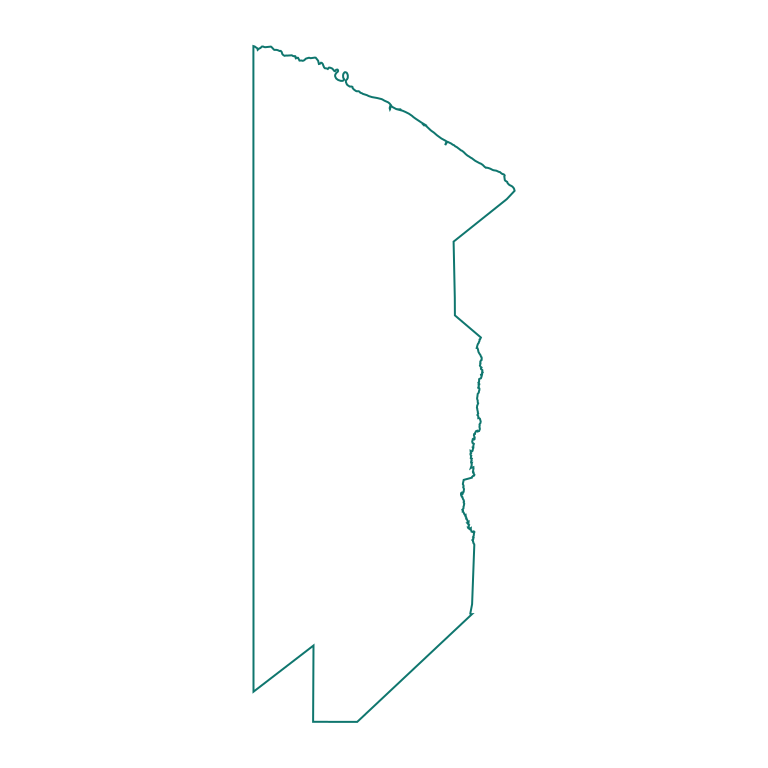 Vanimo/Green River District, Sandaun, Papua New Guinea (Equal Earth projection)
{"feature_id": "67681753B35177268475700", "entity_name": "Vanimo/Green River District", "entity_type": "district", "adm_level": 2, "iso_a3": "PNG", "parent_name": "Papua New Guinea", "parent_adm1": "Sandaun", "projection": "equal_earth", "projection_center": [141.584, -3.431], "detail": "fine", "context": "isolated", "style": "outline", "palette": "teal", "viewbox_px": 768, "rotation_deg": 0, "n_neighbors": 0, "source": "geoboundaries", "source_scale": "gbopen_adm2", "svg_char_len": 6002}
<svg xmlns="http://www.w3.org/2000/svg" viewBox="0 0 768 768"><path d="M514.6,190.8L514.1,188.9L513.5,187.8L512.3,186.5L511.2,185.9L510.6,185.5L509.8,185.2L509.3,184.9L507.9,183.5L507.5,182.9L507.2,181.9L505.3,180.7L504.8,180.0L504.3,176.4L504.7,175.7L504.5,175.1L504.1,174.6L503.4,174.2L502.5,174.1L500.8,172.9L500.0,172.1L498.7,171.8L496.4,170.7L493.4,170.2L492.4,169.8L490.3,168.7L488.3,168.0L486.5,167.6L486.0,167.8L484.7,166.9L482.6,164.8L480.6,163.5L479.8,163.3L475.2,160.8L471.5,158.0L470.9,157.8L468.9,156.4L467.5,155.6L465.7,154.1L463.6,152.0L461.9,150.7L460.7,150.2L459.7,149.3L457.8,147.9L456.8,147.1L455.2,146.3L453.9,145.1L452.7,144.7L451.3,143.6L447.6,141.8L447.2,141.9L445.2,145.1L446.0,142.8L446.7,141.6L445.8,140.9L441.4,138.5L437.0,135.3L433.8,132.5L431.9,131.2L430.6,130.2L425.2,125.1L424.6,125.1L424.1,125.4L423.5,124.8L424.8,124.6L421.8,122.8L415.5,118.6L413.3,117.0L412.1,115.9L408.9,113.7L405.3,111.9L402.5,110.7L399.8,110.0L400.5,109.8L400.6,109.5L400.4,109.3L397.9,109.3L396.1,109.0L391.9,106.7L391.4,106.2L391.3,105.6L391.1,105.3L390.9,105.3L390.7,106.8L390.2,107.9L390.1,109.1L390.0,109.3L389.7,108.3L389.8,107.5L390.4,105.6L390.4,104.5L389.6,103.5L388.1,102.3L384.5,100.7L382.3,99.4L381.2,99.0L377.1,98.0L372.0,97.1L368.8,96.1L366.8,95.1L362.9,93.9L362.0,93.3L360.3,92.7L359.4,91.6L358.3,91.2L356.9,91.3L355.8,90.9L353.9,89.5L352.7,88.2L352.5,87.0L352.3,86.8L351.4,86.5L349.6,86.5L348.3,85.6L347.6,85.2L346.8,84.3L346.5,83.4L346.0,82.4L345.8,80.5L347.1,79.2L347.7,78.0L347.8,77.3L347.8,75.3L347.5,74.3L347.0,73.2L346.5,72.6L345.3,72.2L344.6,72.3L343.8,73.2L343.4,73.9L343.1,75.1L343.1,76.2L343.2,77.6L344.1,79.2L344.0,79.6L343.0,80.7L342.3,80.9L340.9,80.9L338.2,80.0L336.4,78.7L335.9,78.0L335.2,76.5L335.1,75.7L335.2,74.9L335.4,74.4L336.5,72.7L337.5,72.0L338.1,71.0L338.0,70.2L337.5,69.6L336.3,69.7L336.0,69.9L335.0,71.1L334.4,71.1L334.0,70.6L332.3,68.6L330.5,67.8L329.5,67.6L329.0,67.6L327.8,69.0L327.0,68.5L324.8,68.2L324.0,67.2L323.0,64.7L322.9,64.2L321.8,62.9L321.0,62.7L319.9,63.8L318.9,64.0L318.1,60.7L315.7,57.7L314.7,57.6L310.7,58.2L309.3,57.8L308.7,57.8L306.0,58.6L305.5,59.0L304.4,60.1L303.5,60.6L302.6,60.8L301.5,60.5L299.5,60.6L298.1,57.9L297.5,58.0L296.9,57.6L296.6,57.6L295.9,58.3L295.5,57.7L295.3,56.3L295.0,56.1L293.9,56.2L293.0,56.0L291.8,55.3L287.0,55.6L286.1,55.5L284.5,55.8L283.2,55.0L282.3,54.0L281.7,52.0L280.7,50.9L279.6,51.0L277.8,50.2L276.6,49.9L274.4,49.9L273.9,49.6L271.8,47.3L270.9,46.6L265.4,47.2L264.4,47.1L263.0,46.5L262.0,46.5L260.3,48.1L259.3,48.4L257.7,49.8L257.4,48.5L256.9,48.0L256.3,47.7L254.7,46.5L253.4,46.1L253.5,691.7L313.5,645.5L313.1,721.8L357.2,721.9L471.9,614.2L470.6,614.3L470.3,613.5L472.1,604.2L474.3,544.9L474.2,544.2L473.8,543.7L473.4,543.0L473.4,542.2L473.0,541.7L473.0,540.8L472.4,540.1L473.0,539.7L473.4,538.8L473.0,538.0L473.6,537.4L473.2,536.6L473.7,535.9L474.0,533.2L474.4,532.0L473.8,531.4L472.9,532.1L471.5,531.6L471.4,530.5L470.7,529.6L470.8,528.1L470.3,528.4L469.8,529.2L468.2,528.0L467.9,527.3L468.8,527.1L468.7,525.9L469.1,524.9L468.4,524.4L467.8,523.5L467.3,523.0L467.9,522.8L468.5,522.8L468.6,521.5L468.3,521.6L467.8,522.0L467.1,519.6L466.7,518.9L466.2,518.8L466.1,518.2L466.3,517.5L465.9,516.7L465.5,516.5L465.7,515.4L465.6,514.8L465.0,515.1L464.3,514.1L463.6,512.4L463.0,511.8L462.7,511.7L462.8,511.3L463.0,510.9L463.0,510.6L462.5,510.1L462.3,509.8L463.2,508.8L463.4,508.5L463.5,507.9L463.5,506.6L463.8,506.0L463.9,505.6L463.9,505.2L464.2,503.9L464.2,503.5L464.0,503.0L463.7,502.7L463.7,502.1L464.0,501.6L463.8,501.1L463.8,500.6L463.8,500.3L462.9,498.9L462.4,497.0L462.2,496.7L461.8,496.7L461.1,495.1L461.0,494.4L461.0,493.6L461.2,493.0L461.5,492.8L461.7,493.9L462.0,494.2L462.4,494.2L462.7,493.8L462.8,492.8L462.9,492.4L463.4,492.3L463.7,491.5L463.8,490.3L464.0,489.1L463.7,488.1L463.4,487.7L463.2,487.2L463.3,486.8L463.6,486.2L463.5,485.5L463.2,484.8L462.9,484.4L462.9,483.7L463.7,479.9L471.8,477.7L471.8,477.2L473.1,475.9L473.8,475.8L474.2,475.4L474.4,474.7L473.6,473.5L473.6,472.5L473.0,472.4L472.9,471.6L473.1,471.2L473.2,469.9L473.5,468.7L473.4,467.2L472.3,467.6L471.4,467.6L470.8,468.0L471.7,465.2L471.6,464.5L471.8,463.9L471.6,463.2L471.9,462.6L471.1,462.5L471.2,461.1L471.7,460.3L471.4,459.5L471.8,458.6L470.8,458.2L471.0,456.4L471.3,455.8L470.9,455.4L470.6,454.9L470.4,454.0L470.8,453.7L471.1,453.4L470.7,452.2L470.6,450.9L471.3,451.3L472.1,451.3L472.6,450.7L472.7,449.6L473.2,448.3L472.7,447.3L473.4,447.0L473.3,446.4L473.5,444.7L473.9,443.9L473.4,443.4L472.6,443.0L472.2,441.7L472.8,439.0L473.6,438.5L474.2,439.4L474.5,439.2L474.7,437.6L473.9,435.3L474.1,434.1L475.0,433.9L475.0,433.1L475.5,432.3L475.9,431.3L477.2,430.7L477.7,431.5L479.1,431.0L479.8,429.2L479.8,428.3L479.5,427.2L479.5,426.4L479.7,425.6L479.5,424.8L479.6,424.2L480.4,423.1L480.7,421.5L479.9,418.7L479.1,418.1L478.3,418.2L478.3,416.2L477.4,415.0L478.2,413.6L477.8,412.6L477.9,412.1L477.3,409.5L477.3,408.7L476.9,407.8L477.1,406.7L477.1,405.9L478.2,403.2L477.8,402.7L477.7,401.5L477.7,400.4L477.3,399.5L477.1,398.5L477.2,397.6L477.4,396.6L477.7,393.9L478.5,393.0L478.9,392.1L478.9,391.4L479.4,390.0L479.4,388.5L478.8,387.6L478.3,387.8L478.2,387.5L478.8,386.5L478.6,385.8L478.8,385.4L478.8,384.8L479.3,384.5L479.3,384.1L478.6,383.8L478.9,383.2L478.9,382.8L478.5,382.5L479.1,381.6L479.1,379.4L479.3,378.9L480.9,378.3L481.3,377.3L481.6,376.4L481.3,375.7L481.0,374.7L481.6,374.4L481.8,374.0L482.1,374.2L482.2,373.5L482.3,373.1L482.1,372.4L482.6,372.2L482.3,371.6L482.4,371.4L482.3,370.9L482.4,370.5L482.3,370.0L481.1,369.2L480.9,368.6L481.5,367.5L480.7,366.9L479.9,365.6L480.5,363.6L480.5,363.2L480.2,363.0L480.4,362.5L480.3,361.6L480.4,361.3L480.8,360.9L480.9,360.4L481.6,360.0L481.7,358.4L481.6,357.3L481.0,356.7L480.5,355.2L479.4,353.6L478.5,352.0L477.9,349.2L477.5,348.2L476.7,348.0L477.6,344.7L478.1,343.6L478.5,343.3L478.8,342.6L478.9,342.0L479.3,341.4L479.6,340.5L479.5,339.7L479.7,339.3L480.2,339.1L480.9,337.5L454.9,315.4L454.8,297.7L453.6,241.6L506.8,199.1L514.6,190.8Z" fill="none" stroke="#0f766e" stroke-width="2"/></svg>